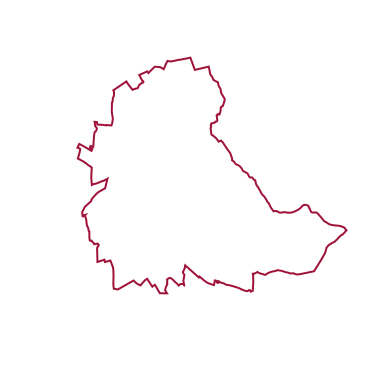 outline of Cucerdea, Mures, Romania, rotated 241°
{"feature_id": "2599482B79470279503619", "entity_name": "Cucerdea", "entity_type": "district", "adm_level": 2, "iso_a3": "ROU", "parent_name": "Romania", "parent_adm1": "Mures", "projection": "robinson", "projection_center": [24.246, 46.395], "detail": "fine", "context": "isolated", "style": "outline", "palette": "rose", "viewbox_px": 384, "rotation_deg": 241, "n_neighbors": 0, "source": "geoboundaries", "source_scale": "gbopen_adm2", "svg_char_len": 5962}
<svg xmlns="http://www.w3.org/2000/svg" viewBox="0 0 384 384"><g transform="rotate(241 192 192)"><path d="M318.5,234.2L317.1,231.9L313.1,226.8L316.4,224.9L319.1,221.1L319.6,219.9L317.2,211.5L319.2,211.3L319.9,202.5L319.1,202.7L316.0,202.4L314.3,202.6L313.4,202.4L312.9,202.7L312.7,203.0L312.3,203.1L311.7,202.7L311.4,202.1L311.7,201.2L311.5,200.6L311.6,199.4L311.1,197.5L310.7,196.9L309.4,195.4L309.2,194.7L309.2,194.3L309.7,193.0L309.7,192.4L309.9,192.1L310.0,191.4L310.2,190.6L310.2,189.5L318.1,188.3L320.5,188.2L319.1,172.5L317.9,172.5L316.9,172.1L314.3,170.5L313.8,170.1L312.5,168.3L310.3,166.9L309.3,166.1L309.2,165.5L301.7,161.1L300.5,160.5L297.3,159.3L295.7,158.8L294.7,158.4L292.7,157.0L291.0,155.7L290.2,154.9L289.9,154.4L289.3,153.8L292.0,149.7L291.8,149.4L294.3,146.0L296.8,142.0L298.0,142.2L299.4,142.7L300.6,140.8L299.0,140.3L296.6,139.3L294.7,139.6L293.9,139.7L293.2,139.3L291.8,137.5L291.7,136.2L291.3,135.6L288.4,133.4L279.5,127.6L281.4,125.5L280.3,124.3L278.1,125.8L276.7,124.0L283.9,119.8L288.7,116.7L286.7,113.9L286.2,113.3L285.3,114.3L283.9,115.1L282.0,113.7L281.2,113.0L276.6,108.4L271.5,111.7L267.7,113.6L266.4,114.0L262.1,116.2L261.7,116.0L253.7,111.0L246.7,107.8L246.6,110.0L245.9,112.0L245.5,114.6L245.2,116.9L245.1,118.6L244.7,120.1L244.6,121.6L244.6,124.5L237.4,117.8L237.4,116.6L237.3,113.9L237.3,110.3L237.1,108.8L235.5,103.7L235.1,102.6L234.1,100.4L233.4,99.9L233.0,99.4L232.2,96.4L231.2,92.0L230.7,90.7L229.3,88.7L228.3,87.1L227.9,86.6L226.3,85.6L224.0,84.6L223.5,84.8L224.0,85.7L224.0,86.4L223.7,87.7L223.4,86.9L220.1,86.4L216.4,85.0L215.5,84.5L212.7,83.7L211.2,83.9L208.2,82.8L207.7,82.8L207.4,83.1L204.7,81.7L202.3,80.3L199.1,79.1L198.6,79.4L198.2,80.1L198.2,80.5L197.9,80.6L197.3,80.7L196.8,80.6L196.5,80.6L195.5,81.2L194.7,81.2L194.4,81.4L193.7,81.2L193.1,83.0L192.8,84.2L192.3,84.6L191.4,84.4L190.9,84.7L190.6,84.2L190.2,84.0L190.2,83.7L189.9,83.3L189.8,82.9L189.4,82.2L188.8,81.7L182.6,78.5L176.7,75.4L175.2,82.6L173.0,81.9L171.6,87.4L164.5,86.4L161.9,85.4L155.8,82.2L150.2,78.9L148.4,78.0L145.2,76.7L144.2,78.2L143.3,79.1L142.7,79.9L142.9,98.0L139.8,98.9L138.1,99.7L136.6,100.7L135.2,101.8L135.8,102.8L137.3,107.2L137.7,108.7L137.8,110.7L128.4,111.4L128.8,113.5L128.8,114.6L119.1,114.8L116.6,119.0L115.5,121.0L119.1,120.8L119.8,121.5L120.6,122.2L122.0,123.6L123.0,125.4L123.3,125.7L124.0,125.8L124.3,125.9L124.5,126.3L125.2,126.5L126.2,127.3L126.7,127.5L127.3,127.5L127.6,127.6L127.7,128.0L127.7,129.0L127.8,130.2L127.7,130.9L127.0,131.6L126.1,132.2L124.8,132.7L122.8,133.2L118.0,134.8L116.6,135.0L117.1,137.0L116.0,139.7L114.4,139.8L114.1,139.9L114.2,140.1L115.3,140.1L116.1,140.7L117.7,141.0L118.7,141.6L123.1,145.1L123.5,145.2L125.9,144.9L126.2,145.1L127.1,146.2L128.7,148.6L129.7,149.3L131.1,150.4L131.2,150.5L116.7,155.6L113.9,156.5L114.4,157.6L109.0,159.6L105.4,161.3L103.8,162.5L99.9,166.1L103.6,169.1L102.3,170.5L102.0,170.4L101.8,170.6L100.8,169.9L99.8,170.9L101.0,172.1L100.8,172.3L99.2,172.9L98.4,173.7L97.4,174.8L96.2,175.8L94.7,176.6L91.2,180.8L85.4,186.3L81.5,189.1L78.8,191.6L78.4,192.6L78.4,193.2L78.5,193.6L78.5,194.5L78.3,194.9L77.8,195.2L76.6,195.0L76.3,195.1L76.2,196.1L76.2,196.9L76.1,197.2L83.1,201.7L88.8,204.7L91.1,205.6L91.0,205.9L90.5,206.5L90.3,207.1L90.3,210.5L89.4,210.9L88.7,211.3L86.8,213.1L86.2,213.8L84.3,215.4L84.1,215.7L84.0,216.4L84.2,218.7L84.2,219.7L84.0,221.2L83.6,223.3L82.6,226.3L82.3,227.6L82.3,228.4L81.9,229.2L80.0,231.7L77.9,233.8L76.4,235.1L75.0,236.8L73.5,238.2L73.0,238.6L71.9,241.1L70.6,242.2L69.9,242.8L69.1,243.6L68.1,245.7L67.1,248.7L63.5,260.4L69.1,270.4L73.7,278.2L75.5,280.3L76.6,281.2L77.0,281.7L78.0,282.6L78.3,283.1L79.1,285.4L79.3,286.4L79.5,287.4L79.3,287.9L79.3,288.4L79.6,289.8L79.5,290.7L79.3,291.7L79.4,292.7L80.4,296.5L81.2,298.5L81.3,299.6L82.0,301.2L81.8,302.1L81.8,302.9L82.7,306.1L83.3,307.4L83.6,308.6L85.1,308.2L87.0,308.0L88.5,306.8L90.5,305.1L91.3,304.0L94.7,299.1L96.8,296.8L97.9,296.0L100.4,294.8L101.2,294.1L102.8,293.4L107.9,292.5L112.2,291.5L113.5,291.0L114.0,290.6L114.4,289.7L115.2,288.1L116.4,286.6L117.2,286.5L118.3,286.6L119.7,286.9L120.6,286.7L122.9,287.0L123.7,286.9L124.9,286.0L125.4,285.4L126.3,284.1L126.4,283.4L126.4,282.2L126.2,281.3L125.6,279.8L125.3,278.6L125.0,276.0L125.2,272.2L125.4,270.6L125.6,269.8L126.1,268.4L127.0,266.4L128.5,264.5L129.4,263.4L130.1,261.8L130.4,260.6L131.6,258.5L132.1,258.1L133.6,257.3L134.0,256.9L134.3,256.4L134.7,256.1L135.1,255.5L135.6,254.0L139.5,253.5L141.8,253.5L145.2,253.7L146.5,253.2L149.2,253.3L152.4,253.1L153.7,252.8L154.5,252.5L157.0,252.0L159.7,252.2L164.2,252.1L166.2,251.8L167.6,251.9L169.1,252.1L170.5,252.7L171.7,253.0L172.2,252.4L173.4,252.0L175.6,251.6L176.4,250.0L177.8,249.4L181.0,249.6L181.6,249.4L185.4,247.0L186.1,246.8L188.3,246.9L189.0,246.8L191.3,246.3L192.5,245.7L193.4,245.2L194.0,244.6L195.2,243.8L195.6,243.7L198.2,243.4L198.9,243.2L199.6,242.8L200.2,242.4L201.7,243.2L202.9,243.5L207.1,244.2L207.9,244.2L212.5,243.6L220.3,243.0L223.0,242.3L223.1,239.7L225.2,239.5L227.6,239.1L231.7,237.5L232.0,237.2L232.6,236.9L233.0,236.9L236.0,238.1L238.2,238.9L238.7,239.3L239.4,239.7L239.5,239.9L239.7,240.3L239.9,240.5L241.0,240.6L241.4,241.2L241.9,241.4L242.4,241.8L242.5,242.0L242.6,242.4L242.4,243.0L241.9,243.9L241.9,244.9L241.7,245.5L241.7,245.8L242.2,246.5L242.1,246.9L241.8,247.3L241.7,247.7L242.2,248.7L242.7,249.0L245.9,250.3L247.0,250.6L247.2,250.8L247.3,251.6L247.6,252.7L247.5,252.9L246.6,253.1L246.5,253.5L246.8,254.1L248.3,255.6L249.7,256.7L251.7,258.0L252.3,258.9L252.4,259.1L252.4,259.4L252.1,259.8L252.1,260.1L252.2,260.5L254.3,262.9L255.4,264.0L256.7,265.2L257.4,265.7L264.2,265.5L268.4,266.9L269.3,266.9L270.6,266.8L271.8,266.8L274.3,267.4L274.9,267.7L275.4,267.8L275.8,267.7L277.1,266.7L278.2,266.0L279.8,265.1L282.2,265.4L283.6,265.4L285.4,265.1L286.6,265.1L290.7,266.6L293.3,267.1L293.6,267.3L297.4,253.7L310.3,255.7L311.9,250.4L312.6,248.5L312.9,247.2L313.9,244.9L316.2,237.2L317.2,235.7L318.5,234.2Z" fill="none" stroke="#9f1239" stroke-width="2"/></g></svg>